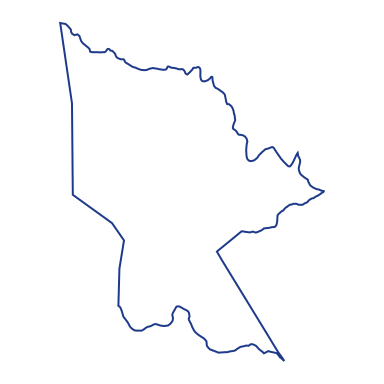 Cacoa, Vieux Fort, Saint Lucia (Equal Earth projection)
{"feature_id": "8701671B96967747537750", "entity_name": "Cacoa", "entity_type": "district", "adm_level": 2, "iso_a3": "LCA", "parent_name": "Saint Lucia", "parent_adm1": "Vieux Fort", "projection": "equal_earth", "projection_center": [-60.937, 13.779], "detail": "fine", "context": "isolated", "style": "outline", "palette": "blue", "viewbox_px": 384, "rotation_deg": 0, "n_neighbors": 0, "source": "geoboundaries", "source_scale": "gbopen_adm2", "svg_char_len": 5919}
<svg xmlns="http://www.w3.org/2000/svg" viewBox="0 0 384 384"><path d="M60.2,23.0L72.0,103.5L72.8,194.8L112.0,223.1L124.0,240.4L119.4,268.7L118.4,305.9L118.9,306.1L119.8,306.9L120.3,307.5L120.8,308.6L121.8,311.1L122.0,311.9L122.3,312.8L122.9,315.0L123.4,316.6L124.0,317.5L125.4,319.2L126.3,320.5L127.1,321.5L128.2,323.2L129.5,325.8L130.1,326.7L130.6,327.4L131.2,327.9L132.5,329.1L132.9,329.3L134.1,330.1L134.7,330.3L135.5,330.5L137.2,330.7L138.2,330.6L139.8,330.6L140.5,330.7L141.3,330.6L142.0,330.5L143.2,329.7L144.3,329.1L145.8,327.8L147.5,326.9L149.7,326.4L150.2,326.3L151.1,325.9L151.7,325.6L153.1,324.8L153.4,324.7L154.5,324.2L155.2,324.1L156.5,324.2L158.1,324.8L158.9,325.0L159.7,325.3L160.4,325.5L162.7,325.9L164.4,326.0L165.5,325.8L166.3,325.8L167.3,325.6L168.0,325.5L168.7,325.0L169.3,324.6L170.0,324.1L170.5,323.6L171.7,322.1L172.1,321.5L172.6,320.7L172.7,320.1L173.0,318.4L172.9,317.6L172.5,316.1L172.4,315.2L172.3,314.6L172.5,314.0L172.8,313.1L175.6,308.1L176.2,307.0L176.6,306.7L177.0,306.5L177.4,306.4L178.6,306.4L179.0,306.4L179.5,306.5L179.9,306.7L180.5,307.1L181.5,307.6L182.1,307.9L183.8,309.0L186.2,310.1L186.8,310.5L188.0,311.3L188.5,312.0L188.8,312.5L189.0,313.2L189.5,316.0L189.5,316.7L189.2,317.4L189.0,317.8L188.8,318.7L188.8,319.2L188.9,320.0L189.5,321.0L190.3,322.6L190.9,323.6L191.3,324.6L192.0,326.5L192.5,327.6L193.0,328.4L193.5,329.5L193.9,330.2L195.4,332.3L195.9,332.7L196.7,333.4L198.0,334.5L198.9,335.2L202.3,337.4L203.4,338.1L204.2,338.7L204.7,339.2L206.1,340.8L206.4,341.3L206.6,342.6L206.7,344.5L206.8,345.4L207.1,346.1L207.5,346.7L208.4,347.8L209.0,348.4L209.6,349.0L210.2,349.5L210.8,349.8L211.3,349.8L211.7,350.0L212.3,350.2L213.0,350.7L213.8,350.7L214.7,351.1L215.3,351.4L215.9,351.7L216.5,351.8L217.3,352.1L217.8,352.5L218.8,352.6L220.0,352.6L221.2,352.4L223.0,352.4L224.0,352.2L225.1,352.2L226.9,352.2L228.0,352.0L229.1,351.6L231.4,351.2L232.4,351.1L234.1,350.7L235.1,350.5L235.9,349.9L236.8,349.1L237.4,348.8L238.0,348.4L239.4,347.5L240.0,347.1L240.7,346.9L241.8,346.6L244.8,346.0L245.7,345.6L247.0,345.6L248.6,345.8L249.2,345.3L250.5,344.4L251.2,344.2L251.9,344.2L252.9,344.4L253.6,344.7L254.3,345.0L255.8,345.7L256.4,346.2L258.7,348.8L260.0,350.0L262.3,351.6L262.4,351.8L263.9,353.3L265.4,352.6L268.4,351.1L269.7,351.6L276.7,353.1L279.2,356.1L280.1,357.5L281.0,358.0L284.3,361.0L281.9,357.3L278.3,352.4L276.1,348.8L274.7,346.6L267.5,334.7L222.4,261.0L216.9,251.6L219.5,249.4L241.6,231.3L243.0,231.4L245.7,231.9L249.9,232.4L252.8,231.6L255.8,232.6L257.9,231.9L261.7,230.2L264.0,228.4L269.4,227.8L271.6,227.2L274.3,227.0L275.4,226.4L276.5,224.8L277.2,221.4L277.2,220.3L277.6,215.2L278.5,214.1L280.3,212.4L282.2,210.9L283.0,210.7L284.4,209.0L286.4,207.0L287.4,206.7L288.2,205.8L290.2,204.6L291.9,204.5L293.2,203.8L296.0,203.8L297.4,204.1L298.2,204.6L299.1,204.8L302.4,204.8L305.3,203.0L306.7,202.6L307.8,201.7L308.5,200.7L309.8,199.6L312.0,198.4L313.7,198.1L314.5,197.4L315.7,196.6L318.1,195.5L318.9,195.0L322.4,192.5L323.3,192.1L323.8,191.2L323.6,191.1L321.0,190.5L318.9,189.5L316.7,189.2L312.9,187.4L310.2,185.3L308.4,182.0L307.8,179.7L304.9,177.8L302.5,175.9L301.3,174.9L300.0,173.3L299.1,170.7L298.7,168.4L298.9,167.2L300.1,162.3L300.1,160.0L299.2,157.8L298.2,156.0L297.7,152.9L296.9,154.0L295.3,157.3L293.3,161.7L291.4,164.8L290.0,166.4L289.2,166.4L288.2,166.2L284.0,162.0L281.1,158.8L277.2,153.2L275.7,151.0L273.7,147.8L272.2,147.0L270.0,147.8L268.4,148.5L265.6,149.1L262.2,152.0L258.9,155.3L257.6,157.4L256.4,158.6L253.9,160.5L251.0,161.1L249.2,160.8L247.7,159.5L247.0,158.1L246.5,155.8L246.2,150.3L246.5,145.9L247.0,142.8L247.4,141.5L246.6,138.7L245.0,136.5L242.9,135.3L241.1,134.9L238.8,134.7L238.1,134.1L236.4,131.3L235.1,130.1L233.8,129.3L232.9,128.4L232.9,127.2L233.5,124.5L235.2,120.3L234.6,115.2L234.0,113.8L233.6,111.1L233.1,109.6L231.9,106.9L230.4,105.3L228.8,104.1L227.2,104.1L226.6,102.7L226.2,101.9L226.1,101.2L225.7,98.8L225.5,97.9L225.3,97.1L225.1,96.1L225.1,95.7L224.9,95.0L224.4,94.0L224.0,93.6L222.9,92.5L222.5,92.1L221.6,91.5L220.2,90.6L219.1,89.7L217.8,88.9L215.8,87.9L215.3,87.5L214.9,86.9L214.3,86.3L213.9,85.4L212.6,80.5L212.5,79.4L212.5,77.8L212.4,77.2L212.1,76.9L211.6,76.8L211.0,77.1L210.6,77.8L210.3,78.1L209.0,79.3L207.6,80.3L206.8,80.6L205.8,81.0L204.9,81.3L204.4,81.3L204.0,81.2L203.7,81.2L203.2,81.3L202.6,81.2L202.0,80.8L201.6,80.5L201.3,80.0L201.0,79.4L200.7,78.6L200.5,77.4L200.4,76.4L200.3,75.6L200.4,73.7L200.4,72.6L200.4,71.6L200.4,70.2L200.3,69.5L200.2,69.1L199.8,68.2L199.6,67.9L198.8,67.2L198.2,67.1L197.5,67.1L196.3,67.7L195.2,67.8L194.3,67.7L193.2,68.0L193.1,68.3L192.7,69.0L191.4,70.6L190.7,71.3L190.0,72.1L189.4,72.7L188.5,73.3L188.1,73.9L187.6,74.3L187.3,74.5L186.0,73.9L185.5,73.4L185.2,72.6L184.9,71.9L184.6,71.3L184.2,70.6L183.7,70.1L183.2,69.6L182.5,69.2L181.8,69.1L180.7,69.2L180.0,69.4L178.4,69.1L177.8,68.9L177.1,68.7L176.3,68.4L174.8,68.1L174.0,68.0L173.0,67.8L172.1,67.8L171.5,67.7L170.6,67.4L168.8,66.5L168.2,66.5L167.7,66.6L166.6,68.8L165.9,69.4L165.6,69.6L164.0,69.8L162.5,69.7L160.8,69.4L158.9,69.2L157.3,68.7L156.4,68.6L154.8,68.4L152.9,68.0L151.8,68.3L151.0,68.4L150.1,68.6L149.6,68.8L149.2,68.9L147.4,69.7L145.6,70.1L144.8,70.1L144.2,70.2L143.6,70.1L142.9,70.0L142.1,70.0L141.5,69.9L140.2,69.6L138.0,68.8L136.5,68.1L135.4,67.6L134.6,67.5L133.9,67.2L132.8,66.9L132.2,66.6L130.1,65.3L128.0,63.9L127.3,63.6L126.9,63.2L126.2,62.9L125.7,62.6L125.1,61.9L124.7,61.2L124.4,60.3L124.0,59.7L123.5,59.3L122.7,59.2L122.1,59.3L121.4,59.3L120.7,59.2L120.0,59.0L119.0,58.6L117.7,58.0L117.1,57.6L116.7,57.2L116.1,56.5L116.0,56.3L115.8,55.9L115.1,53.7L112.4,50.9L110.4,50.6L109.6,49.4L108.7,48.9L107.6,49.0L106.8,50.0L105.6,51.6L104.6,52.2L101.7,52.2L100.8,52.4L96.5,52.2L93.0,52.2L92.8,52.3L90.2,51.7L89.6,49.1L88.3,47.7L82.9,43.3L81.2,41.1L79.4,36.0L77.6,34.4L75.6,34.8L74.6,35.2L72.4,34.0L71.2,32.2L70.8,29.5L68.9,27.2L67.0,25.2L65.4,23.9L63.4,23.6L60.7,23.1L60.2,23.0Z" fill="none" stroke="#1e3a8a" stroke-width="2"/></svg>